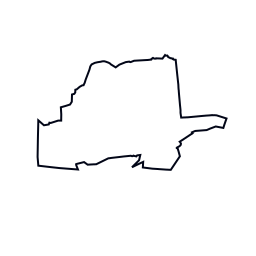 the district of Castaños, Coahuila, Mexico, rotated 306°
{"feature_id": "50627088B99449096184817", "entity_name": "Castaños", "entity_type": "district", "adm_level": 2, "iso_a3": "MEX", "parent_name": "Mexico", "parent_adm1": "Coahuila", "projection": "orthographic", "projection_center": [-101.298, 26.539], "detail": "fine", "context": "isolated", "style": "outline", "palette": "ink", "viewbox_px": 256, "rotation_deg": 306, "n_neighbors": 0, "source": "geoboundaries", "source_scale": "gbopen_adm2", "svg_char_len": 2375}
<svg xmlns="http://www.w3.org/2000/svg" viewBox="0 0 256 256"><g transform="rotate(306 128 128)"><path d="M62.1,64.4L51.4,71.9L44.8,77.6L51.4,89.3L55.3,96.1L65.0,111.9L67.4,108.1L68.2,107.3L69.0,107.8L74.6,112.5L74.6,116.9L77.8,120.8L80.0,123.6L91.9,129.9L92.9,131.0L94.0,132.1L99.6,138.2L102.3,141.1L107.2,146.6L107.6,147.9L108.3,148.5L108.8,148.6L108.9,149.0L109.9,151.4L110.7,151.4L111.2,151.5L113.4,153.8L109.4,155.5L108.3,155.9L98.6,154.3L105.2,157.8L109.5,160.2L104.8,163.2L109.4,171.6L112.2,176.0L113.3,177.8L115.3,181.0L116.3,182.6L117.0,183.7L119.3,187.2L124.8,187.0L135.6,186.6L139.0,182.4L140.0,181.0L140.2,180.9L140.4,180.5L140.5,180.4L140.6,180.1L140.7,179.8L140.7,179.6L140.5,179.4L140.4,179.3L140.4,179.2L140.5,179.1L141.2,179.2L142.5,179.9L143.7,180.4L145.2,180.6L146.4,180.1L147.1,178.9L147.3,177.9L161.7,183.3L162.1,182.3L165.1,184.1L172.6,192.9L175.8,194.8L180.8,198.1L184.1,205.1L187.0,204.1L193.6,202.1L190.3,192.2L189.1,190.3L188.3,189.3L187.8,188.5L187.8,188.4L187.6,188.3L187.4,188.0L187.3,187.9L187.2,187.8L187.1,187.6L186.4,186.9L186.2,186.6L186.0,186.4L184.1,184.1L181.5,181.1L171.9,170.2L167.7,164.9L171.1,161.6L173.3,160.0L175.1,158.4L177.2,156.5L179.4,154.6L183.5,151.0L185.8,149.0L186.4,148.5L187.2,147.8L188.2,147.0L188.5,146.7L188.8,146.4L189.5,145.8L190.2,145.2L192.7,143.2L199.2,137.3L199.3,137.2L206.3,130.9L209.4,128.1L211.2,126.5L210.2,124.7L210.1,123.7L210.5,123.5L210.0,122.5L209.8,121.8L209.4,121.3L209.3,120.1L209.0,119.0L209.1,118.6L209.6,117.8L209.7,117.1L208.7,116.1L208.8,115.1L207.9,115.1L204.4,115.1L200.9,109.8L200.5,109.8L200.1,109.2L199.5,108.4L199.4,107.0L198.8,106.7L198.0,106.7L197.6,106.4L197.0,106.6L195.3,104.7L194.9,104.3L186.0,93.4L185.2,92.9L184.5,92.4L183.6,91.9L183.4,91.7L182.8,91.3L182.5,90.7L182.5,90.1L181.8,89.3L179.9,87.4L174.2,83.8L169.8,82.4L169.4,76.7L169.6,75.5L169.4,73.8L169.3,73.5L168.6,71.0L168.0,69.5L166.8,68.0L165.7,67.1L163.2,64.6L161.1,62.8L160.5,62.5L158.2,61.3L158.1,61.2L155.7,61.3L152.6,62.5L151.9,62.7L146.0,64.3L142.3,65.3L139.1,66.4L137.3,66.7L136.5,66.9L135.6,65.9L132.9,64.7L129.1,63.8L128.0,62.9L127.8,63.0L125.8,64.4L125.7,64.4L124.1,64.5L122.2,63.0L116.2,67.1L112.9,67.3L109.1,64.5L105.3,61.5L99.8,66.0L94.7,69.6L93.0,67.2L86.6,62.5L86.1,61.3L84.3,61.8L80.8,58.4L81.5,50.9L80.1,51.9L77.8,53.5L70.7,58.4L65.8,61.8L62.1,64.4Z" fill="none" stroke="#020617" stroke-width="2"/></g></svg>